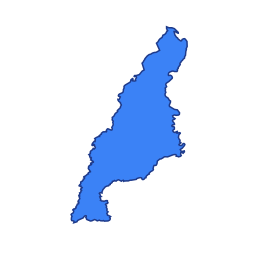 São Sebastião do Uatumã, Amazonas, Brazil (Equal Earth projection), rotated 246°
{"feature_id": "56859067B19357724155454", "entity_name": "São Sebastião do Uatumã", "entity_type": "district", "adm_level": 2, "iso_a3": "BRA", "parent_name": "Brazil", "parent_adm1": "Amazonas", "projection": "equal_earth", "projection_center": [-58.621, -1.894], "detail": "fine", "context": "isolated", "style": "filled", "palette": "blue", "viewbox_px": 256, "rotation_deg": 246, "n_neighbors": 0, "source": "geoboundaries", "source_scale": "gbopen_adm2", "svg_char_len": 5741}
<svg xmlns="http://www.w3.org/2000/svg" viewBox="0 0 256 256"><g transform="rotate(246 128 128)"><path d="M194.2,212.5L194.9,212.8L199.9,210.8L201.7,208.9L202.9,206.2L204.8,204.4L202.9,203.6L202.4,203.9L201.1,203.4L200.7,203.7L200.3,202.5L199.0,200.9L198.5,199.2L198.6,197.7L196.8,195.9L196.6,193.9L195.8,192.1L194.5,190.4L193.9,188.5L186.1,188.5L185.7,184.5L186.3,182.7L186.5,180.8L186.2,178.7L186.5,177.2L186.0,174.9L184.9,172.6L184.3,171.5L183.7,171.1L183.3,170.2L181.8,168.2L181.5,167.2L174.5,166.4L174.2,164.0L172.2,160.1L172.6,156.7L173.2,155.6L173.2,155.2L172.6,154.6L172.3,154.8L172.0,156.0L171.2,156.5L170.5,156.2L169.4,154.5L168.1,154.3L168.2,153.2L169.2,151.4L169.7,151.3L170.1,152.2L170.7,152.5L171.3,152.4L171.3,151.9L170.8,150.2L169.6,149.4L169.0,148.4L168.4,143.0L167.9,141.6L167.2,141.0L166.2,140.8L165.0,139.4L163.7,138.8L162.8,138.0L162.5,137.0L162.5,133.9L162.2,133.0L161.4,132.3L160.9,132.3L159.9,133.5L159.5,133.6L157.8,131.6L157.8,130.7L158.2,130.4L157.8,130.2L156.2,130.4L154.2,131.4L153.2,131.0L152.3,131.4L151.6,131.2L150.7,129.9L149.7,129.3L148.3,125.4L147.3,125.3L147.1,124.9L146.4,122.2L144.5,119.8L144.1,117.9L142.8,117.5L141.9,116.8L140.2,117.3L139.4,116.4L137.6,116.1L136.5,115.3L135.1,113.4L134.0,113.4L132.9,112.8L132.9,111.8L135.5,109.3L135.5,108.7L134.7,107.3L133.6,107.1L133.4,106.8L133.8,106.6L133.8,105.6L134.6,103.7L134.0,101.4L133.2,101.1L132.8,98.9L131.9,98.6L132.4,97.7L132.2,97.3L132.2,95.2L131.9,93.3L130.9,93.5L129.1,92.4L129.6,91.8L129.5,91.5L128.3,89.1L127.7,88.8L127.2,89.5L127.1,89.0L127.4,88.4L127.2,88.1L126.5,88.3L126.1,90.4L125.9,90.5L125.3,90.0L123.6,90.3L123.0,89.7L122.6,88.5L123.4,88.1L123.6,88.5L123.6,88.0L122.7,86.9L122.1,84.6L121.6,83.9L121.0,83.8L120.7,83.3L119.9,83.2L119.6,81.4L118.4,81.9L117.8,81.5L116.0,81.4L115.7,81.6L116.0,82.3L115.7,82.4L114.5,81.4L114.1,81.5L113.9,81.0L111.9,82.5L111.0,82.6L110.8,82.3L110.9,81.9L111.3,81.7L111.3,81.2L110.7,80.1L111.0,79.6L110.7,79.5L110.0,80.2L109.4,79.6L109.7,78.8L109.4,78.5L109.4,77.6L108.9,76.4L108.4,76.1L108.1,76.2L107.5,75.4L106.4,75.3L105.7,75.7L103.9,75.5L103.7,76.0L103.3,75.9L103.3,73.8L103.0,73.3L102.2,73.1L102.4,72.6L101.5,69.6L101.5,67.9L101.2,67.6L100.1,68.1L99.4,67.5L99.5,66.4L98.6,65.7L98.0,64.6L98.1,63.5L97.8,62.8L96.5,62.3L96.0,61.6L95.9,61.1L95.3,59.9L95.0,59.8L94.7,60.1L94.1,61.3L93.6,60.9L92.3,61.9L91.7,61.0L91.6,60.1L91.3,59.8L90.6,59.8L89.9,60.3L89.7,60.2L89.5,59.3L88.5,58.7L88.2,58.1L88.4,57.4L87.4,57.2L86.2,55.5L85.7,55.5L85.4,56.1L84.6,55.4L83.0,55.2L81.7,52.9L80.9,52.3L80.6,52.9L80.3,53.0L78.9,52.0L79.1,51.1L79.0,50.6L78.1,49.9L77.2,48.4L76.3,48.2L76.3,47.7L76.0,47.5L75.9,46.5L75.6,46.3L76.1,45.6L75.8,44.4L75.6,44.2L74.6,44.7L73.6,44.3L72.6,43.0L72.5,41.5L72.1,40.8L70.0,40.9L69.5,40.2L67.7,39.1L66.4,38.9L65.0,40.7L64.1,40.5L63.5,39.9L63.1,43.2L63.9,44.2L64.1,45.3L64.1,50.4L65.0,52.0L65.3,53.3L64.7,54.1L63.9,53.8L63.3,53.0L62.3,53.3L61.3,53.0L60.6,53.8L59.9,54.2L59.5,54.9L58.6,55.5L58.2,56.1L57.9,57.5L58.0,60.1L57.2,61.1L55.7,62.1L55.4,64.4L54.5,65.1L53.9,66.2L53.5,67.0L53.4,68.0L52.6,68.4L51.2,72.0L51.3,73.6L51.7,74.4L52.6,75.0L53.7,74.8L54.2,76.1L55.9,74.7L56.6,73.8L57.6,74.1L58.4,73.8L59.1,74.6L59.5,75.7L60.8,75.1L61.8,75.3L62.4,76.0L64.4,75.9L65.3,76.7L67.4,76.4L67.7,77.4L67.4,78.2L67.8,79.3L68.9,79.2L70.0,79.6L70.6,78.5L70.8,76.1L71.5,75.5L71.9,74.4L73.1,73.4L73.8,74.1L76.6,74.2L76.3,75.6L77.2,75.2L78.0,75.4L80.0,75.2L80.3,76.1L79.2,77.9L80.4,78.3L80.9,79.1L81.8,79.8L83.5,83.4L83.5,85.1L83.1,86.8L83.6,87.4L83.6,88.8L84.4,89.2L84.4,90.5L84.8,91.5L85.6,92.0L85.2,93.4L85.6,94.2L84.8,94.8L84.3,95.7L84.7,96.8L84.5,98.4L82.1,100.3L82.3,101.4L82.1,102.5L81.0,102.4L81.0,103.6L80.4,104.5L80.2,105.6L79.6,106.4L79.4,108.8L78.9,110.0L77.7,114.7L78.2,115.5L78.0,117.8L77.6,119.2L76.9,120.1L75.7,120.0L75.1,120.2L74.7,120.9L74.8,122.2L75.4,123.0L75.3,124.3L76.1,124.6L76.8,125.6L77.4,127.8L77.3,128.7L78.1,128.9L78.9,130.9L79.1,133.5L79.9,134.4L80.7,134.4L82.7,135.9L83.2,136.7L82.7,137.7L82.6,138.8L83.7,140.0L85.9,141.4L86.7,144.4L86.3,145.5L86.5,147.7L86.9,149.7L85.5,152.5L85.2,158.3L84.7,160.1L84.2,160.9L83.4,161.0L82.7,160.5L81.7,162.0L81.1,162.4L80.8,164.3L81.1,165.4L82.7,165.4L84.0,166.2L84.1,167.1L82.5,168.1L83.3,169.9L84.2,170.1L84.6,167.9L85.5,167.0L87.1,167.0L87.5,169.4L88.9,172.2L89.7,173.2L90.4,173.2L91.0,172.9L91.3,172.2L91.0,171.2L90.4,170.6L90.3,169.4L91.1,168.2L91.9,167.7L92.3,167.9L92.9,170.3L93.2,170.4L94.2,169.5L95.7,170.6L96.8,170.2L98.9,170.2L101.1,171.7L101.8,173.5L102.1,173.7L102.7,173.4L103.3,170.9L103.6,170.5L104.4,171.6L104.9,171.6L104.9,168.9L105.8,168.0L107.3,167.7L107.8,168.4L108.1,169.9L109.6,170.6L110.5,170.5L111.3,169.1L112.1,168.9L112.8,169.9L112.3,171.3L112.6,172.1L114.0,172.1L115.7,171.6L116.7,171.7L117.1,172.4L117.2,173.2L117.0,173.9L117.4,174.8L119.5,173.5L121.0,173.7L121.1,175.6L120.0,177.1L119.3,179.3L119.5,180.4L120.9,181.3L124.5,180.5L126.1,178.0L130.8,174.7L132.1,175.0L134.3,177.3L135.4,177.8L136.4,177.1L139.3,176.7L140.8,175.6L142.1,175.2L143.1,175.3L144.2,175.8L145.2,177.1L146.6,177.1L148.3,178.1L149.4,178.2L150.0,180.1L152.2,180.1L152.9,180.6L153.4,181.4L153.9,184.4L155.4,188.6L156.2,189.1L157.4,189.1L158.2,188.8L159.1,188.0L159.3,186.7L159.6,186.4L160.5,186.6L161.7,187.5L162.1,188.7L162.0,191.4L161.5,192.6L160.7,193.4L159.7,195.6L160.0,196.3L160.7,196.7L161.4,196.8L162.1,198.2L162.8,198.4L164.7,201.5L165.5,201.5L166.2,202.1L166.5,203.0L167.2,203.7L167.7,205.3L168.4,206.4L168.8,208.0L170.2,208.8L170.9,210.0L174.5,212.0L176.0,213.3L176.6,213.3L178.4,215.2L183.1,217.1L185.8,216.5L186.6,216.0L186.9,215.1L186.9,213.5L186.0,212.5L186.0,212.0L186.2,211.5L188.9,210.0L190.1,209.9L191.2,209.2L193.9,208.7L197.4,209.3L197.1,210.1L194.6,211.9L194.2,212.5Z" fill="#3b82f6" stroke="#1e3a8a" stroke-width="1.5"/></g></svg>